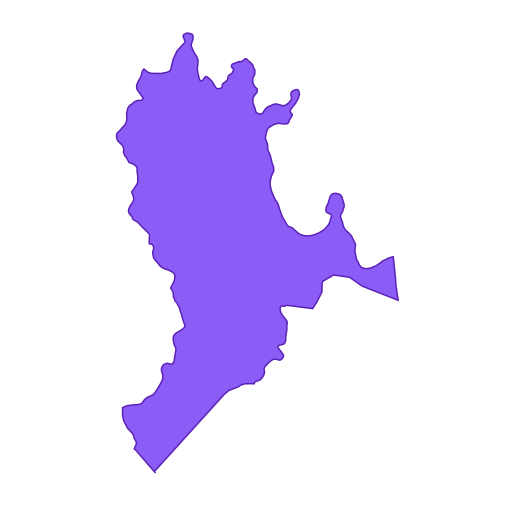 the district of Praslin, Praslin, Saint Lucia, rotated 272°
{"feature_id": "8701671B17924499339223", "entity_name": "Praslin", "entity_type": "district", "adm_level": 2, "iso_a3": "LCA", "parent_name": "Saint Lucia", "parent_adm1": "Praslin", "projection": "mercator", "projection_center": [-60.894, 13.882], "detail": "fine", "context": "isolated", "style": "filled", "palette": "violet", "viewbox_px": 512, "rotation_deg": 272, "n_neighbors": 0, "source": "geoboundaries", "source_scale": "gbopen_adm2", "svg_char_len": 6143}
<svg xmlns="http://www.w3.org/2000/svg" viewBox="0 0 512 512"><g transform="rotate(272 256 256)"><path d="M260.1,393.2L259.7,391.8L258.4,388.0L256.7,385.4L255.5,382.7L254.0,381.2L250.2,375.9L248.0,371.0L247.4,368.1L247.2,366.8L247.4,364.4L248.3,361.8L250.3,359.9L252.2,358.8L254.0,358.1L255.4,356.9L262.3,355.0L264.3,354.7L267.8,354.8L270.3,355.1L272.3,354.6L276.9,351.9L278.3,351.4L280.5,349.8L285.0,344.8L286.5,343.5L289.2,342.1L292.2,341.4L298.3,339.0L299.6,339.0L303.4,341.0L306.2,341.6L308.2,342.4L310.8,342.2L315.8,340.5L317.9,339.9L319.7,338.7L320.6,337.3L321.4,333.7L321.2,331.3L320.3,329.6L319.1,328.7L317.5,327.8L311.4,326.3L308.4,324.9L307.0,324.5L305.1,324.2L303.8,324.3L302.6,324.7L301.8,325.5L300.1,329.8L299.5,330.0L297.3,329.8L295.2,329.1L293.0,328.8L289.5,327.2L288.6,326.3L286.8,325.1L284.9,323.2L282.7,320.3L280.9,317.4L280.4,315.9L279.0,312.9L278.0,308.5L277.9,306.0L278.0,303.6L278.4,302.0L278.3,301.8L279.6,298.4L280.7,296.9L285.0,291.8L285.5,290.9L286.0,289.9L286.4,288.1L287.5,286.3L288.7,285.7L293.5,282.6L296.7,280.7L304.0,277.8L307.8,276.6L310.3,275.4L312.4,273.6L316.9,271.2L317.8,271.0L319.6,270.0L321.9,269.1L325.5,268.1L328.7,267.5L333.7,268.0L336.4,268.6L341.6,270.8L345.9,270.4L349.3,268.9L357.5,266.6L362.3,264.2L368.1,263.6L373.8,261.3L374.6,261.2L381.0,262.3L383.6,263.3L384.0,263.5L385.4,265.3L387.8,268.8L389.2,272.8L389.3,275.1L388.9,280.1L389.2,282.3L389.4,282.7L390.4,283.9L393.0,284.6L395.2,285.8L397.1,287.0L397.8,287.3L398.5,287.3L399.2,286.9L401.0,285.2L402.5,285.2L404.2,286.0L405.4,286.8L407.1,287.9L409.2,289.7L414.8,292.7L417.2,293.3L418.8,293.8L422.0,293.1L423.0,292.5L423.7,292.0L423.7,290.0L422.3,286.9L421.0,285.7L419.4,285.2L417.2,285.5L415.3,286.0L413.8,285.9L410.2,283.4L407.7,280.2L407.5,279.8L407.2,277.2L408.7,271.1L408.5,270.1L408.5,269.1L407.6,266.8L406.8,265.9L405.7,262.9L404.7,261.6L402.6,259.8L399.3,257.8L398.4,256.9L398.1,256.2L398.1,254.2L399.2,251.2L403.4,249.9L408.4,247.8L410.2,247.5L413.9,247.5L416.2,248.7L419.4,251.1L420.0,251.4L423.0,251.3L425.4,248.8L427.6,247.4L429.5,246.8L430.5,246.6L433.5,246.5L435.0,247.3L437.4,248.4L441.7,248.4L444.1,247.0L445.2,246.6L446.9,246.1L447.7,245.3L448.5,244.5L451.0,241.4L452.6,239.7L452.7,239.2L452.7,238.3L449.7,234.7L449.7,234.4L449.8,232.4L447.0,225.8L446.7,225.4L445.6,224.9L444.4,224.9L443.7,225.2L441.9,227.0L441.6,227.1L439.8,226.6L437.8,225.6L437.3,225.0L436.7,223.7L435.0,222.1L434.0,221.8L431.1,221.3L430.6,221.0L428.2,218.4L427.7,217.6L426.4,216.4L424.2,216.3L423.0,215.8L422.4,214.8L422.1,214.0L421.9,211.8L422.5,210.2L424.9,208.6L428.5,206.4L431.5,203.4L433.3,200.9L433.6,199.9L433.3,199.2L433.0,198.8L431.4,197.6L429.8,196.7L429.3,196.2L428.9,195.3L430.0,193.6L430.5,193.4L437.3,191.3L442.0,190.8L444.3,191.1L449.6,191.3L453.7,189.6L456.2,187.5L463.1,184.1L465.0,183.9L470.4,185.4L473.8,185.4L474.5,185.1L475.4,184.3L475.8,183.4L476.3,180.9L476.4,179.9L476.1,178.2L474.8,176.2L474.3,175.8L473.0,175.5L469.9,176.8L467.6,177.7L466.6,177.1L458.2,169.9L449.8,166.4L439.4,164.2L438.9,164.0L437.6,162.9L437.0,161.9L436.3,159.9L435.1,154.5L434.9,145.8L435.0,144.5L435.8,141.8L436.8,140.2L439.0,137.5L437.2,136.2L436.6,135.9L432.7,135.1L431.8,134.9L429.8,134.0L425.9,131.9L423.8,131.2L422.1,130.8L420.6,130.8L418.6,131.2L417.7,131.7L412.1,136.1L409.9,137.5L409.2,137.6L408.4,137.2L408.0,136.7L407.7,135.9L407.4,135.2L407.4,133.1L407.0,131.5L406.2,129.8L405.6,128.8L403.4,126.5L401.7,124.2L401.0,123.7L400.0,123.1L398.7,122.6L395.3,121.9L393.5,121.7L388.0,122.2L385.3,121.6L383.1,120.8L381.8,119.9L379.8,118.0L377.3,116.1L374.3,113.1L372.1,112.4L370.4,112.4L367.3,113.3L365.8,114.3L361.8,118.7L359.3,119.8L356.6,120.2L355.3,119.8L351.3,121.6L350.1,122.9L345.1,125.8L344.4,128.1L342.9,131.4L341.3,133.2L339.4,134.1L336.3,134.2L331.0,135.1L329.2,135.1L327.2,135.3L326.7,135.3L324.8,135.0L322.1,133.6L318.7,131.6L317.4,130.6L316.1,129.7L314.6,129.8L311.8,131.2L309.0,131.9L306.8,131.5L304.0,130.1L302.4,128.8L298.6,127.2L296.0,127.0L294.5,127.5L290.4,131.1L289.0,131.3L288.5,131.7L287.2,133.6L286.4,135.6L285.4,136.9L280.3,142.0L274.6,148.3L273.2,148.8L265.4,148.8L264.5,149.1L264.2,149.6L264.4,150.8L264.0,151.6L262.9,152.7L261.5,153.4L259.2,153.4L257.1,152.7L254.5,152.8L250.7,153.7L248.1,155.7L245.6,158.0L243.3,159.9L241.4,162.1L239.5,166.5L239.1,168.7L236.7,173.4L236.6,173.7L235.5,174.7L234.8,175.1L234.0,175.5L233.1,175.6L231.1,175.6L228.7,175.2L224.7,173.6L222.0,172.1L220.7,171.9L219.0,173.3L217.0,174.2L215.4,174.8L212.6,174.8L207.8,177.0L206.5,178.5L204.8,179.3L201.9,181.1L199.8,181.7L195.1,183.5L191.2,184.7L183.3,187.6L182.2,186.9L180.7,185.5L179.2,183.6L176.4,179.1L174.5,177.1L172.5,176.3L170.2,176.1L167.2,176.6L164.0,177.5L161.5,178.9L159.8,179.3L147.1,177.6L144.9,175.6L145.0,173.8L145.7,171.8L145.4,169.8L144.1,167.4L142.5,166.2L140.4,165.5L138.0,165.5L133.5,167.1L130.2,167.0L128.8,166.7L124.6,164.8L121.7,163.2L115.9,159.8L114.3,158.5L113.2,157.1L111.5,153.4L110.3,151.4L108.7,149.7L105.4,147.6L104.3,146.3L103.6,144.2L103.4,143.0L102.8,137.7L102.0,132.9L100.6,129.4L99.9,128.1L99.5,127.8L98.2,128.0L92.3,128.2L86.8,129.5L79.3,133.7L74.5,138.6L71.9,140.2L69.4,140.6L68.3,141.5L65.8,142.9L64.2,143.0L59.0,141.0L57.7,142.7L35.6,163.1L37.1,162.0L116.5,229.0L120.7,233.7L124.9,243.4L126.3,245.1L127.9,249.2L128.2,255.6L128.2,258.6L129.4,258.9L130.2,259.8L130.9,260.9L131.7,263.1L132.2,264.2L133.9,265.9L135.9,267.3L138.1,268.2L140.6,268.6L142.9,268.0L144.1,268.1L145.2,268.5L146.2,269.2L148.1,270.8L149.9,272.4L152.3,275.2L152.9,276.2L153.5,277.4L153.6,278.6L153.5,279.8L152.7,283.3L153.1,284.4L154.8,286.1L155.9,286.7L157.0,287.1L158.2,286.8L161.1,284.6L164.8,281.5L165.9,281.1L166.8,281.5L167.1,281.5L167.6,282.5L168.6,286.0L169.2,287.1L170.2,287.8L171.3,288.3L172.5,288.6L177.3,288.6L183.3,289.4L186.9,289.3L190.6,289.5L191.7,289.3L192.8,288.7L197.4,284.7L198.5,284.2L199.4,283.4L200.5,282.8L201.6,282.4L203.9,281.9L205.1,282.0L206.2,282.5L206.9,283.4L206.8,285.9L207.1,287.1L207.8,288.5L205.4,314.5L208.9,316.5L211.5,318.1L222.1,323.1L231.2,323.1L233.0,323.6L239.7,334.2L238.0,350.3L229.6,363.1L216.7,399.6L232.2,396.8L237.6,396.3L260.1,393.2Z" fill="#8b5cf6" stroke="#5b21b6" stroke-width="1.5"/></g></svg>